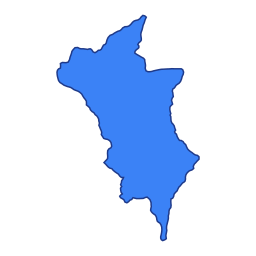 outline of Berilo, Minas Gerais, Brazil
{"feature_id": "56859067B66859765572225", "entity_name": "Berilo", "entity_type": "district", "adm_level": 2, "iso_a3": "BRA", "parent_name": "Brazil", "parent_adm1": "Minas Gerais", "projection": "albers", "projection_center": [-42.489, -16.882], "detail": "fine", "context": "isolated", "style": "filled", "palette": "blue", "viewbox_px": 256, "rotation_deg": 0, "n_neighbors": 0, "source": "geoboundaries", "source_scale": "gbopen_adm2", "svg_char_len": 3891}
<svg xmlns="http://www.w3.org/2000/svg" viewBox="0 0 256 256"><path d="M146.3,17.2L144.8,15.9L142.9,15.4L141.2,16.9L139.8,18.8L137.8,20.0L135.8,20.4L134.1,21.0L132.6,22.2L131.7,23.3L130.6,24.6L128.7,26.1L127.0,26.6L124.9,26.7L122.7,27.9L121.4,29.5L119.9,30.7L118.0,31.2L116.2,32.1L114.4,33.1L112.6,34.4L110.1,35.3L108.1,37.5L107.1,39.7L106.6,41.4L106.2,43.1L105.2,44.4L103.5,45.1L102.3,47.3L101.3,49.3L99.9,50.2L98.3,50.3L96.9,51.6L95.0,52.7L93.1,51.9L91.9,50.0L90.7,48.9L89.1,48.9L87.7,49.4L85.8,49.1L83.4,48.8L81.1,48.8L79.6,48.5L77.7,47.5L75.0,47.7L73.1,49.7L71.9,51.4L71.5,53.2L70.9,55.0L70.1,57.2L69.5,59.7L68.2,62.1L66.0,62.7L64.4,62.6L62.3,62.5L60.4,63.5L60.6,65.8L60.4,68.1L58.6,68.9L57.5,70.2L57.0,72.1L57.2,74.9L57.5,76.6L58.0,78.5L58.6,80.6L60.0,82.5L62.2,83.9L64.0,85.2L65.8,85.9L67.3,86.5L68.9,86.9L70.8,87.5L72.4,88.5L73.7,89.5L75.5,90.3L77.8,91.1L79.7,92.2L81.7,94.0L83.0,96.3L84.1,98.0L85.1,99.2L86.3,101.0L86.5,103.2L86.4,104.9L88.0,106.2L89.7,107.8L90.4,109.8L92.1,111.6L93.9,112.7L95.2,114.7L96.8,115.9L97.7,117.2L98.6,118.9L98.8,120.9L99.4,123.1L98.9,125.3L99.8,127.3L100.4,128.9L101.3,130.9L101.7,132.7L101.3,134.6L102.6,136.6L103.7,138.4L105.4,139.0L107.6,139.4L109.6,140.6L111.0,142.5L111.4,144.5L111.7,146.2L110.9,147.8L109.0,148.8L107.7,150.6L107.5,153.3L107.7,156.3L107.6,158.5L106.7,159.7L105.5,160.9L104.0,162.6L105.7,164.2L106.9,165.6L108.4,167.2L110.0,168.2L111.9,168.7L113.0,170.1L114.7,171.6L116.7,173.0L118.4,174.1L119.7,176.0L121.4,177.5L123.5,177.5L122.9,179.0L121.6,180.7L121.4,182.7L120.6,184.7L121.7,186.5L120.5,188.2L120.7,190.2L121.1,192.2L122.3,193.9L120.8,195.0L119.7,196.2L120.5,197.7L122.5,198.8L123.9,199.8L125.0,202.1L126.9,202.8L128.6,201.7L129.9,200.2L131.7,199.5L133.0,197.7L134.9,198.2L136.6,198.6L138.9,198.6L141.2,198.5L143.3,198.4L145.2,197.5L147.1,197.1L148.5,198.3L149.9,199.6L150.6,201.3L151.1,202.8L151.1,204.7L151.3,206.6L150.9,208.3L150.6,210.2L151.3,211.6L152.4,212.9L153.7,214.0L155.0,214.8L156.1,216.4L156.6,217.9L156.8,219.5L157.3,221.2L158.5,222.3L159.8,223.0L160.9,224.7L161.7,227.0L161.9,229.9L161.6,232.5L161.2,234.6L160.7,236.6L160.7,238.2L161.3,239.7L162.7,240.6L164.8,239.8L166.3,238.7L165.9,235.7L166.1,234.1L166.5,232.2L166.8,230.4L166.5,228.4L166.6,226.0L167.2,223.6L167.7,221.5L168.1,219.9L168.4,218.2L168.3,215.9L168.9,213.6L169.0,211.0L169.5,209.2L170.8,207.6L171.1,205.3L170.9,203.4L170.8,201.1L171.0,198.9L172.6,198.3L173.6,196.6L174.1,194.1L175.6,192.3L177.1,190.9L177.9,189.0L178.9,187.1L180.1,186.0L181.3,184.5L182.5,183.0L183.9,182.2L185.0,181.2L185.5,179.1L185.4,177.1L185.9,174.9L186.8,173.3L188.0,172.0L189.4,170.8L192.0,169.9L193.7,168.5L193.3,166.3L194.3,164.1L195.8,162.6L197.0,161.2L199.0,159.2L199.0,156.8L197.5,155.4L195.2,154.9L193.5,153.8L191.9,152.5L190.5,151.6L189.1,150.5L187.7,149.1L186.6,146.9L185.7,144.6L184.0,143.1L183.1,141.6L181.2,140.5L179.5,140.4L178.3,138.7L177.2,136.6L176.4,134.1L175.1,133.1L174.6,131.6L175.6,130.1L174.8,128.2L174.2,125.9L173.1,124.2L171.9,123.0L171.1,121.1L170.9,119.1L170.8,116.6L170.1,115.1L170.8,113.6L170.2,111.7L169.8,109.7L169.9,107.2L170.8,105.8L172.6,104.1L172.1,102.4L171.5,100.2L172.2,98.1L173.3,96.6L173.0,94.7L172.8,92.8L172.3,91.1L172.8,89.0L174.3,88.0L175.2,86.8L176.0,85.4L177.3,84.4L179.0,83.3L180.5,81.5L181.5,79.1L182.2,76.4L183.2,74.3L183.6,72.1L182.7,69.7L181.3,68.8L179.8,68.8L178.0,68.8L176.5,68.8L174.2,68.8L171.9,68.7L169.6,68.9L166.7,69.0L163.5,69.2L161.2,69.3L159.4,69.6L157.5,70.0L155.6,70.4L153.8,70.8L151.9,71.4L150.1,71.7L147.9,71.7L146.0,70.8L145.2,68.2L145.5,65.9L145.4,64.4L145.1,62.8L144.8,61.3L144.7,59.6L143.5,58.2L141.4,57.1L138.9,55.6L136.6,54.3L134.8,53.0L135.0,51.4L136.4,49.7L137.8,48.7L138.8,47.7L138.9,46.0L137.8,44.5L138.8,42.8L140.5,41.4L141.3,40.1L141.3,38.5L141.0,36.4L140.8,34.5L141.1,32.5L142.1,29.7L142.6,27.6L143.1,25.3L144.2,22.8L145.1,19.8L146.3,17.2Z" fill="#3b82f6" stroke="#1e3a8a" stroke-width="1.5"/></svg>